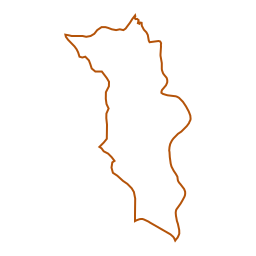 Paekam, Ryanggang, North Korea
{"feature_id": "82179303B39212929407944", "entity_name": "Paekam", "entity_type": "district", "adm_level": 2, "iso_a3": "PRK", "parent_name": "North Korea", "parent_adm1": "Ryanggang", "projection": "robinson", "projection_center": [128.836, 41.511], "detail": "fine", "context": "isolated", "style": "outline", "palette": "amber", "viewbox_px": 256, "rotation_deg": 0, "n_neighbors": 0, "source": "geoboundaries", "source_scale": "gbopen_adm2", "svg_char_len": 2081}
<svg xmlns="http://www.w3.org/2000/svg" viewBox="0 0 256 256"><path d="M176.2,217.0L176.0,216.1L175.7,212.8L175.9,211.1L176.3,209.6L180.6,203.6L182.3,200.7L184.5,196.6L185.0,195.1L185.2,193.4L185.1,191.6L184.1,189.0L180.6,184.4L179.3,182.9L178.3,181.4L177.8,180.0L177.4,176.7L175.8,173.9L173.7,170.8L171.5,166.6L170.7,163.6L169.8,157.1L169.5,152.0L169.2,150.6L169.5,147.1L170.2,144.0L171.5,141.3L172.5,139.7L173.6,138.3L178.0,133.8L181.3,131.6L186.8,126.1L189.0,123.1L189.5,121.7L190.2,120.5L190.6,119.0L190.3,115.6L189.1,112.4L188.7,111.4L186.0,106.4L183.0,101.9L179.1,97.9L177.4,96.9L175.8,96.3L167.6,95.3L165.8,94.8L162.9,93.9L161.4,92.8L161.5,91.4L162.0,90.0L166.0,85.3L167.2,82.5L167.3,80.8L167.1,79.3L166.6,77.8L164.2,74.9L163.1,73.4L162.0,70.3L161.8,69.0L161.8,63.1L160.5,55.8L160.5,54.3L161.0,46.6L160.9,44.9L161.1,43.2L160.2,41.5L158.6,41.0L149.6,42.2L148.8,40.7L147.8,35.0L146.4,32.3L143.9,29.7L143.1,28.2L141.8,25.7L141.6,22.8L139.9,22.5L139.4,23.8L137.9,23.2L138.6,20.2L137.1,18.9L135.5,19.1L134.5,17.7L135.3,16.4L135.1,15.4L132.3,19.0L130.0,22.7L127.8,25.6L125.6,28.6L123.4,30.1L119.8,29.3L116.1,30.1L111.8,29.3L108.2,27.9L105.3,27.1L101.6,27.1L97.2,30.1L94.3,33.8L90.6,36.0L86.2,36.8L82.6,36.0L79.7,36.0L76.1,36.0L71.7,36.0L68.8,35.3L65.4,34.7L65.9,36.8L68.0,39.7L70.9,42.7L74.5,46.4L76.6,49.3L78.1,52.3L79.5,56.7L82.3,57.5L85.3,56.7L88.9,60.4L90.3,64.1L91.7,68.5L95.3,71.5L98.2,71.5L101.8,71.5L104.0,74.4L106.8,78.1L109.0,81.8L108.9,86.3L105.9,92.2L105.8,98.8L106.5,104.0L108.6,108.5L106.4,113.6L106.3,118.1L107.0,124.7L106.9,132.1L106.8,138.8L103.8,142.5L99.4,146.9L100.5,147.6L101.6,148.4L103.7,151.3L108.1,153.6L111.7,157.2L114.5,160.9L112.3,162.4L111.5,167.6L112.9,172.8L117.3,175.7L123.0,180.9L127.4,183.9L131.7,188.3L133.9,192.0L135.2,198.6L135.1,206.0L135.0,214.9L135.0,221.1L136.5,220.3L139.5,219.2L141.0,219.0L142.5,219.0L144.0,219.5L148.5,221.6L150.0,222.6L170.5,234.4L173.2,236.8L174.1,238.1L175.2,240.6L176.3,239.1L177.6,237.6L178.8,235.0L179.3,233.6L179.2,230.0L177.9,223.9L176.9,220.9L176.2,217.0Z" fill="none" stroke="#b45309" stroke-width="2"/></svg>